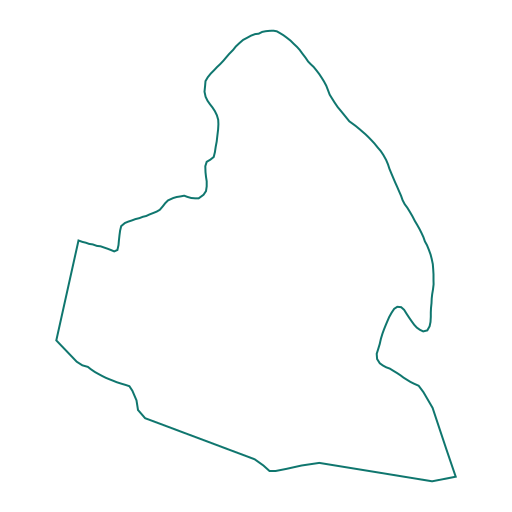 Jahaf, Al Dali', Yemen
{"feature_id": "15242507B12481598225051", "entity_name": "Jahaf", "entity_type": "district", "adm_level": 2, "iso_a3": "YEM", "parent_name": "Yemen", "parent_adm1": "Al Dali'", "projection": "equal_earth", "projection_center": [44.673, 13.731], "detail": "fine", "context": "isolated", "style": "outline", "palette": "teal", "viewbox_px": 512, "rotation_deg": 0, "n_neighbors": 0, "source": "geoboundaries", "source_scale": "gbopen_adm2", "svg_char_len": 2852}
<svg xmlns="http://www.w3.org/2000/svg" viewBox="0 0 512 512"><path d="M78.5,240.5L56.3,340.4L76.7,361.7L82.3,365.3L87.9,366.9L90.8,369.2L94.9,372.0L98.5,374.0L102.2,376.0L105.8,377.8L109.2,379.2L113.3,380.8L116.7,382.2L121.1,383.6L125.8,385.0L129.4,386.2L132.4,390.8L136.5,400.4L138.0,410.0L145.1,418.2L183.0,432.4L254.7,459.3L263.4,465.5L269.5,471.0L275.6,471.0L286.3,468.9L301.6,465.5L319.3,462.9L377.7,472.4L432.1,481.3L455.7,476.7L446.3,449.1L440.3,431.1L432.6,407.9L423.4,392.1L418.7,385.8L418.1,385.5L413.8,383.6L410.4,381.9L406.7,379.6L403.5,377.6L400.6,375.4L397.3,373.2L393.5,370.9L389.8,368.6L386.2,367.3L382.9,365.5L379.8,363.3L377.1,359.0L376.7,353.8L378.0,349.7L379.7,344.1L380.9,338.8L382.5,333.5L384.0,329.4L385.6,325.4L387.5,320.9L389.2,317.0L391.6,312.7L394.2,308.8L397.3,306.8L401.2,307.2L404.1,309.8L406.6,313.8L409.3,317.9L411.8,321.5L414.2,324.8L416.8,327.6L419.9,329.8L423.2,331.4L427.3,330.4L429.6,326.3L430.5,322.0L430.8,316.9L430.8,312.4L431.0,308.0L431.5,303.2L431.7,298.6L432.2,294.1L433.0,289.4L433.6,284.3L433.5,279.8L433.5,274.3L433.2,269.2L432.8,264.1L431.7,258.9L430.6,254.6L428.9,249.9L427.0,245.2L424.9,241.4L423.4,237.1L421.5,233.0L419.6,229.2L417.2,224.9L414.8,220.9L412.5,216.4L410.0,212.1L407.3,207.7L404.7,204.2L402.6,200.2L401.1,195.9L399.3,191.8L397.1,186.7L395.2,182.5L393.2,177.8L391.3,173.3L389.4,168.7L388.0,164.4L386.1,159.9L383.3,154.9L380.7,151.0L377.6,147.4L374.3,143.3L371.5,140.3L368.7,137.4L365.4,134.2L362.6,131.8L359.6,129.2L355.6,125.9L352.6,123.7L349.3,121.3L346.8,118.2L344.2,115.0L340.7,110.7L337.7,107.1L334.5,102.4L332.0,98.4L329.7,94.7L328.0,90.2L326.3,85.8L324.0,81.5L321.9,78.1L319.2,74.0L316.6,70.6L313.6,66.9L310.8,64.3L308.1,61.5L305.6,57.8L302.0,53.1L299.7,49.9L297.0,46.9L293.7,43.8L290.5,40.6L286.4,37.4L283.4,35.2L280.1,33.2L276.8,31.3L273.4,30.7L270.0,30.8L265.8,31.2L262.2,31.9L258.7,33.7L255.1,34.1L251.1,35.6L247.1,37.8L243.1,39.9L239.3,43.2L235.8,46.5L233.2,49.8L229.0,54.1L226.1,57.5L223.5,60.6L220.2,64.1L216.9,67.2L214.0,70.3L210.8,73.5L207.8,77.2L205.5,81.1L205.1,85.8L204.5,91.7L205.6,96.8L207.5,100.7L210.0,104.3L212.5,107.5L214.9,111.2L216.9,115.3L218.2,119.8L218.4,124.2L218.1,129.5L217.3,136.2L216.7,141.5L215.7,146.8L214.9,152.2L213.7,157.0L210.3,159.7L206.7,161.8L205.3,166.2L205.5,172.2L206.0,176.8L206.7,181.3L206.7,186.4L206.0,191.1L203.5,194.8L198.7,198.3L194.9,198.3L191.2,198.0L187.4,196.9L184.2,195.7L180.6,196.4L176.7,197.0L173.3,198.0L168.0,200.4L165.2,203.2L162.8,206.3L159.8,209.8L156.7,211.6L153.5,212.9L149.4,214.5L146.2,216.0L142.8,216.8L139.5,218.1L135.4,219.1L131.7,220.5L128.3,221.6L124.9,223.0L121.2,226.1L120.1,230.6L119.5,235.1L118.9,240.6L118.5,245.1L117.4,250.0L114.2,251.4L110.9,250.0L107.5,248.7L104.0,247.5L100.6,246.3L96.9,245.9L92.7,244.4L89.1,243.9L85.8,242.7L82.4,241.9L78.5,240.5Z" fill="none" stroke="#0f766e" stroke-width="2"/></svg>